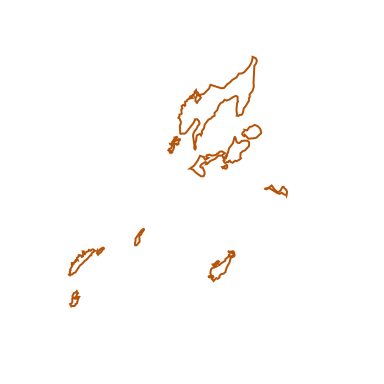 Milne Bay, orthographic projection, rotated 109°
{"feature_id": "PNG-1252", "entity_name": "Milne Bay", "entity_type": "Province", "adm_level": 1, "iso_a3": "PNG", "parent_name": "Papua New Guinea", "parent_adm1": "", "projection": "orthographic", "projection_center": [151.454, -10.028], "detail": "fine", "context": "isolated", "style": "outline", "palette": "amber", "viewbox_px": 384, "rotation_deg": 109, "n_neighbors": 0, "source": "natural_earth", "source_scale": "10m", "svg_char_len": 6116}
<svg xmlns="http://www.w3.org/2000/svg" viewBox="0 0 384 384"><g transform="rotate(109 192 192)"><path d="M72.4,167.8L76.8,167.7L81.1,169.3L83.5,168.3L84.9,168.7L87.3,167.9L93.3,169.2L96.0,170.2L100.8,169.7L102.9,170.3L103.7,172.1L104.9,172.7L105.2,174.6L104.0,174.7L99.9,176.7L93.9,178.2L92.6,178.3L91.5,177.9L90.8,178.6L87.3,179.8L86.8,181.0L87.0,182.0L88.5,183.7L92.6,187.0L94.3,189.1L94.2,191.3L96.5,191.8L98.9,194.0L102.0,194.8L106.4,194.8L109.8,196.4L112.7,195.5L114.2,197.2L116.3,198.0L118.2,200.0L123.5,201.7L124.7,201.9L127.6,201.4L131.3,202.5L133.3,201.7L135.6,201.9L134.5,203.5L137.0,205.9L142.1,204.9L145.7,204.7L148.1,203.1L149.2,202.7L150.7,202.9L150.5,203.6L149.5,204.3L147.2,204.9L138.5,209.3L136.4,209.7L133.8,209.4L131.3,208.4L127.8,208.0L125.9,207.2L124.5,207.2L122.6,208.7L121.5,210.9L122.4,212.8L122.8,212.4L123.6,212.8L126.1,213.0L138.2,217.1L139.4,218.2L139.8,220.1L140.7,221.6L140.4,222.2L132.8,225.2L132.0,224.8L129.3,225.3L126.5,227.8L126.2,229.0L124.4,228.6L122.8,229.0L122.1,227.7L121.2,227.3L117.5,229.0L116.3,228.3L114.1,229.8L112.4,228.5L113.0,226.9L112.4,226.5L108.8,227.9L107.7,226.4L106.2,226.4L105.0,225.2L103.1,224.8L104.1,224.2L102.9,222.1L102.0,223.7L101.5,223.7L100.1,222.9L100.5,221.7L99.3,222.5L98.3,221.6L96.7,221.0L97.1,221.8L96.7,222.2L94.4,221.4L96.6,220.1L96.7,219.1L95.6,219.5L96.5,218.5L97.0,218.3L97.4,219.0L99.5,218.7L102.0,219.3L105.0,218.3L105.4,216.7L106.9,216.3L103.9,216.0L102.1,215.0L99.9,214.4L99.1,215.2L98.2,217.9L97.5,217.2L97.3,215.7L95.3,212.7L88.5,209.5L84.6,209.4L84.4,198.2L83.2,195.6L78.7,193.8L75.7,191.6L72.9,190.4L69.1,187.2L64.8,186.2L63.5,183.3L61.7,181.6L54.3,178.6L50.7,178.0L47.5,178.0L44.5,178.7L44.7,175.4L46.5,173.5L49.1,173.2L52.5,174.1L69.0,169.3L72.4,167.8ZM146.5,170.8L146.8,171.7L143.3,170.8L138.6,171.2L132.6,169.2L126.2,169.6L126.0,169.3L126.8,168.4L130.0,166.3L130.6,164.9L130.2,163.1L127.5,161.6L125.8,157.7L125.6,156.0L126.1,154.7L127.2,153.8L130.1,153.1L135.2,155.3L137.0,157.3L139.5,158.8L143.4,157.6L144.2,156.6L146.4,158.0L148.4,160.0L148.4,161.5L151.2,163.1L151.0,165.6L150.0,166.4L150.9,167.4L152.0,167.5L152.4,168.9L153.7,170.0L153.7,170.8L152.2,172.3L151.6,171.7L150.7,172.4L148.8,174.2L149.5,171.3L149.2,170.9L146.5,170.8ZM265.6,141.0L269.1,142.7L267.9,144.0L268.1,144.3L267.7,145.1L267.1,145.3L265.4,144.1L264.5,145.1L266.8,147.2L267.1,148.1L266.6,148.7L266.3,148.7L265.2,147.1L264.1,147.1L262.6,148.3L259.3,148.8L258.0,148.6L254.3,144.4L253.3,145.7L253.4,146.5L254.8,146.8L254.7,147.8L253.8,148.9L252.9,147.3L249.4,145.7L248.7,144.5L249.1,143.7L250.3,144.6L251.6,144.7L251.3,143.9L251.6,143.3L252.6,142.9L252.1,142.3L249.9,141.2L246.2,138.1L244.8,138.6L241.1,136.4L239.2,136.7L238.8,136.3L240.7,135.5L240.7,135.1L239.3,132.8L238.1,132.2L236.7,133.2L236.7,137.4L236.4,138.9L235.9,136.1L234.6,133.7L235.5,132.5L238.1,131.1L239.2,131.3L241.7,134.0L246.3,133.6L252.1,134.6L257.1,134.4L259.1,135.8L260.1,137.6L261.0,138.2L262.9,138.7L263.9,138.2L265.2,139.0L265.8,139.6L265.6,141.0ZM165.3,190.0L168.9,186.7L171.2,185.9L173.3,186.2L174.2,188.5L172.5,194.5L170.5,198.1L170.7,198.7L170.2,200.5L170.5,201.5L166.3,198.5L160.6,196.9L155.3,196.2L155.0,192.2L155.7,191.9L157.2,189.9L154.5,187.7L154.6,189.2L153.7,190.1L152.5,190.1L151.8,188.6L151.1,188.1L151.1,184.8L149.4,181.8L148.5,180.9L147.3,180.6L146.9,179.6L145.4,179.3L144.3,178.1L143.9,176.4L144.5,173.6L147.2,175.3L148.1,176.3L149.0,178.8L153.0,180.8L156.6,184.8L160.3,186.6L161.0,187.7L159.7,187.4L159.3,188.3L159.6,189.4L162.6,191.9L164.7,192.6L165.5,192.3L165.9,191.1L165.3,190.0ZM309.7,279.8L310.6,280.2L310.3,281.3L309.7,280.9L308.9,281.3L308.1,280.9L306.9,281.6L305.5,281.3L305.0,282.0L300.9,281.2L300.0,282.0L298.3,282.5L298.0,281.6L298.9,281.6L299.1,280.8L298.8,280.5L296.9,280.6L296.3,279.7L294.8,280.0L294.2,279.7L294.6,278.9L293.8,278.6L293.8,277.7L291.8,279.3L289.7,278.1L288.8,278.6L288.3,278.2L288.2,276.5L289.3,275.1L288.9,274.6L288.3,274.3L287.6,275.0L286.7,274.2L283.7,276.1L283.4,275.0L285.6,273.9L285.6,273.1L283.3,272.6L281.6,270.5L280.4,270.7L280.5,268.6L279.4,268.2L278.4,267.0L279.2,264.5L282.1,266.6L283.1,266.9L284.7,266.6L285.0,267.5L290.5,269.7L292.0,271.0L295.4,272.4L298.0,274.0L306.1,276.1L307.2,277.6L308.9,278.4L309.7,279.8ZM120.6,150.1L123.2,155.9L120.7,160.7L122.2,160.8L122.1,161.7L120.9,163.4L119.5,163.4L116.5,162.0L116.1,162.4L115.8,160.0L111.7,158.7L110.6,156.8L108.1,154.5L108.4,151.1L110.0,148.2L112.6,146.1L114.0,145.8L119.6,148.8L120.6,150.1ZM163.2,120.5L165.2,122.6L165.4,124.6L163.2,121.1L159.9,118.8L162.9,114.6L164.3,110.7L162.0,108.8L157.8,108.1L157.4,107.0L158.4,105.7L159.0,103.9L160.9,102.1L164.7,101.5L164.3,101.9L164.2,104.6L163.5,106.8L165.2,108.7L165.2,111.1L163.4,119.0L163.2,120.5ZM338.2,266.2L338.7,267.9L339.5,268.8L338.7,270.0L337.6,270.7L337.2,269.9L335.0,269.3L331.9,270.5L331.1,270.4L330.9,269.1L330.5,269.1L330.2,270.6L329.3,271.2L328.2,271.1L325.9,270.7L325.0,269.3L323.3,268.7L324.9,267.5L324.1,266.4L325.8,267.3L328.2,267.5L329.4,268.0L329.8,267.5L330.8,267.7L330.5,266.8L329.8,267.2L329.0,266.7L329.0,266.0L328.2,265.5L327.9,264.5L330.5,264.9L334.8,264.5L335.8,265.6L336.5,265.3L338.2,266.2ZM256.1,225.4L260.5,227.2L260.9,228.3L259.8,229.1L256.1,229.6L254.5,230.2L245.0,227.5L242.7,225.9L242.7,225.5L243.5,225.1L247.1,226.2L248.4,226.1L250.7,227.5L256.1,225.4ZM150.8,220.4L152.1,221.2L152.2,221.9L151.5,222.8L151.9,223.1L151.7,226.7L151.2,227.0L147.3,225.9L146.2,226.3L144.8,224.3L145.1,223.9L147.8,225.3L150.2,225.3L146.2,221.7L146.1,220.6L147.1,220.4L147.8,221.2L150.1,221.0L150.8,220.4ZM161.8,224.3L160.2,225.5L160.1,226.1L161.4,226.2L160.2,227.4L160.2,227.9L158.5,227.5L157.6,226.0L154.2,225.8L154.0,228.1L153.5,228.5L152.8,226.1L153.1,225.1L154.0,224.0L155.7,223.5L158.8,223.5L160.2,224.3L161.0,223.6L161.8,224.3ZM278.1,262.3L278.9,261.5L277.3,260.3L276.7,260.6L274.3,258.8L273.5,257.8L273.7,257.1L274.4,256.8L275.8,257.8L278.5,258.4L280.9,260.1L281.9,260.4L280.8,261.9L280.2,261.7L279.5,262.2L278.1,262.3ZM158.5,169.3L159.5,170.6L158.6,171.7L157.4,169.8L155.1,168.2L155.3,167.4L157.4,166.7L158.8,167.3L159.1,168.2L158.9,169.2L158.5,169.3Z" fill="none" stroke="#b45309" stroke-width="2"/></g></svg>